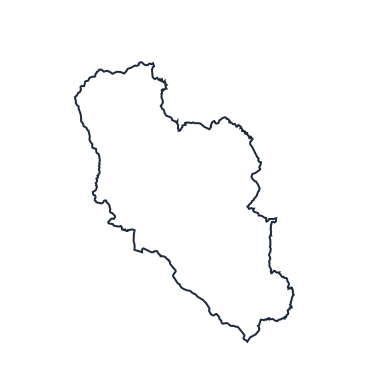 Libano, Tolima, Colombia (Natural Earth projection), rotated 311°
{"feature_id": "7082276B41774659854292", "entity_name": "Libano", "entity_type": "district", "adm_level": 2, "iso_a3": "COL", "parent_name": "Colombia", "parent_adm1": "Tolima", "projection": "natural_earth1", "projection_center": [-75.046, 4.876], "detail": "fine", "context": "isolated", "style": "outline", "palette": "slate", "viewbox_px": 384, "rotation_deg": 311, "n_neighbors": 0, "source": "geoboundaries", "source_scale": "gbopen_adm2", "svg_char_len": 6076}
<svg xmlns="http://www.w3.org/2000/svg" viewBox="0 0 384 384"><g transform="rotate(311 192 192)"><path d="M222.0,272.0L222.7,272.7L223.1,274.2L223.8,274.6L225.2,274.5L226.3,273.1L227.3,272.7L225.3,271.3L222.2,267.9L220.6,268.3L218.6,267.7L218.9,266.8L220.8,265.3L221.0,264.8L220.1,263.6L220.0,261.5L219.3,259.3L218.0,257.8L219.2,256.2L219.3,255.3L217.8,251.7L217.9,250.8L218.4,250.2L220.1,249.7L219.0,248.6L218.9,247.4L216.7,246.1L217.4,243.4L218.7,243.9L219.2,243.4L223.4,243.8L224.5,243.2L226.3,243.8L227.1,243.4L231.9,243.3L235.4,241.7L236.7,241.9L239.1,240.7L241.0,236.6L241.9,233.2L241.4,232.5L241.5,229.2L242.4,226.9L245.4,225.7L247.6,227.3L253.6,228.7L254.3,228.2L254.5,226.9L255.0,226.4L257.6,225.9L259.7,224.6L258.8,223.2L259.3,221.3L261.1,220.0L261.1,218.4L265.3,208.3L266.2,204.6L267.8,203.2L271.5,203.1L272.0,202.5L271.5,200.8L272.3,200.3L272.3,199.9L271.4,199.7L271.0,200.8L270.2,200.2L271.3,198.3L271.6,196.4L272.7,194.8L272.4,194.4L271.4,194.8L271.0,194.0L271.2,193.2L272.3,192.5L271.9,191.9L272.3,191.3L272.2,190.7L271.1,190.3L270.9,189.7L271.8,189.2L272.7,187.7L272.7,187.0L272.0,186.6L273.4,185.8L273.0,183.1L271.2,183.1L270.5,182.7L271.5,179.7L270.1,178.5L270.1,176.2L269.0,174.6L269.4,174.0L270.2,174.2L270.5,173.0L270.6,171.1L270.0,170.2L270.4,169.4L269.9,167.7L267.1,166.3L265.2,166.2L264.1,165.6L261.4,166.7L259.9,165.8L259.3,164.4L260.2,162.6L260.1,162.1L257.9,161.5L254.2,162.7L254.2,163.4L253.4,163.7L250.8,164.0L249.2,158.3L249.2,153.7L248.4,152.0L245.9,149.2L245.2,147.2L243.9,146.6L241.6,143.0L240.8,142.8L240.6,142.1L239.5,141.4L238.5,143.1L235.9,141.1L234.3,142.3L233.5,142.1L230.8,142.6L229.9,142.4L229.4,141.7L230.4,141.0L230.8,139.6L233.4,137.7L234.0,135.7L235.9,134.4L234.3,134.4L234.4,133.1L233.8,132.4L233.7,131.0L233.2,129.7L234.3,128.3L234.5,127.3L232.7,122.4L234.0,118.8L234.9,117.9L235.5,116.5L235.2,114.8L236.0,113.5L236.2,112.3L236.7,111.8L237.2,112.1L240.5,111.3L242.1,109.4L243.4,106.8L244.9,105.8L246.0,104.5L246.8,104.7L248.6,102.7L249.3,103.4L249.7,102.4L250.5,102.6L251.2,104.0L252.5,104.2L253.3,104.9L253.8,103.4L254.9,102.3L256.1,102.6L255.8,101.1L256.9,100.5L257.0,99.6L257.8,98.7L256.4,98.9L255.9,97.3L257.4,95.3L256.6,95.1L255.7,95.6L255.4,95.3L255.3,94.8L255.8,94.0L255.2,94.0L254.8,93.3L255.4,92.7L255.1,92.0L255.4,90.8L253.0,90.1L252.7,88.6L253.0,86.8L258.1,81.5L260.6,80.6L262.0,80.9L263.6,78.1L261.9,77.7L261.2,75.9L260.5,75.4L258.9,75.4L257.9,74.6L256.8,72.3L257.0,69.3L256.3,68.2L254.3,67.4L253.2,68.4L251.8,68.0L250.7,67.3L249.9,65.9L245.5,64.3L242.9,62.7L239.8,63.2L236.9,63.0L235.6,59.2L233.3,56.3L229.0,54.4L228.9,51.8L227.8,48.4L225.0,46.5L224.9,43.4L223.4,41.7L221.5,42.0L220.0,41.4L219.0,41.9L217.9,41.7L215.7,43.1L213.1,40.8L210.9,39.8L208.0,40.6L205.4,38.9L201.2,41.1L199.2,39.0L198.4,38.9L197.5,39.4L196.4,41.1L193.8,41.8L192.0,41.0L189.3,41.9L187.3,41.3L186.2,42.0L184.5,44.7L183.0,45.8L182.1,48.2L182.2,50.3L180.8,51.4L177.8,56.7L175.2,59.7L172.8,61.7L172.0,65.1L170.6,66.9L171.2,70.2L170.4,71.7L170.2,73.8L167.1,78.2L164.1,80.4L163.1,82.8L162.8,85.5L161.6,86.1L160.1,87.8L161.5,91.3L159.3,93.7L159.0,95.3L159.5,96.2L159.2,97.0L155.5,101.7L152.9,103.1L152.2,104.3L150.6,104.6L149.8,106.2L147.8,107.0L147.1,108.5L145.5,109.9L143.9,109.8L143.1,110.4L142.2,110.0L141.3,111.5L139.5,111.0L138.5,112.8L137.0,113.5L135.5,113.5L134.8,115.0L133.9,115.3L133.9,116.5L133.2,117.0L130.3,118.2L126.9,117.2L125.8,118.4L125.2,119.8L125.8,120.9L125.5,121.8L124.7,122.8L122.9,123.2L121.8,124.2L122.0,125.5L121.5,126.6L123.9,131.1L125.3,131.8L127.6,131.4L128.9,132.1L129.2,132.9L128.2,134.1L128.3,136.4L127.4,139.0L126.4,139.8L126.0,141.1L123.4,142.9L123.2,144.5L123.8,145.9L123.4,149.4L122.6,150.4L120.8,150.7L120.1,150.4L119.6,149.0L117.6,148.5L114.3,148.6L113.8,149.0L113.9,150.3L115.9,153.4L115.3,154.9L115.9,156.2L118.1,159.7L119.7,160.6L119.5,161.9L118.5,162.7L117.8,164.0L118.7,164.7L118.5,165.3L118.8,166.0L119.8,166.2L119.5,167.6L119.7,168.4L120.3,169.0L121.1,168.6L122.1,169.3L122.4,170.0L123.5,170.4L124.8,171.8L125.5,173.8L122.8,175.3L117.1,179.7L114.1,183.7L110.6,186.5L113.8,193.8L114.7,192.8L116.3,192.0L117.6,192.3L119.9,200.9L121.2,202.3L122.2,202.3L124.3,204.0L124.2,205.4L123.4,207.3L123.6,208.8L122.9,210.3L123.6,210.5L123.7,211.4L124.7,212.5L125.4,214.9L125.0,217.5L125.5,218.7L124.8,219.5L125.1,220.6L123.5,222.4L122.5,227.3L122.2,230.8L121.2,231.9L117.8,232.0L116.1,232.7L113.9,240.6L113.7,241.7L114.2,243.3L113.2,245.2L113.0,246.7L113.2,248.7L114.3,252.2L116.1,255.4L116.2,258.9L117.1,262.2L116.6,264.6L117.7,271.1L117.4,275.6L115.6,281.3L115.1,282.1L113.6,282.7L112.4,285.5L112.3,288.1L112.7,288.8L113.4,289.5L115.7,290.1L116.0,290.6L115.6,294.0L114.2,296.1L114.1,298.3L113.0,299.8L112.7,301.5L115.8,304.1L116.3,305.6L116.3,309.0L118.4,311.4L119.0,313.4L120.0,314.5L120.2,315.7L118.5,325.1L118.1,325.9L115.6,326.6L115.0,327.3L115.5,330.4L115.3,332.0L120.3,331.2L126.6,333.6L128.3,333.3L130.9,333.5L133.2,332.4L133.4,331.5L134.0,331.0L134.3,329.6L135.6,330.0L140.7,327.7L142.0,329.3L142.6,330.6L143.6,330.7L144.6,332.1L145.4,331.8L146.0,332.6L146.7,332.6L146.6,333.8L147.4,333.6L147.5,334.7L149.2,336.4L149.5,339.2L150.5,341.1L152.5,341.2L153.6,342.3L156.1,343.2L157.3,345.0L158.4,344.0L159.4,345.1L160.9,344.2L163.2,344.6L165.5,341.9L166.7,341.9L167.5,342.6L169.0,341.6L170.2,343.0L171.0,342.1L171.3,340.0L172.8,339.6L173.4,338.8L175.0,338.4L178.4,336.5L179.1,336.6L180.4,335.7L181.2,336.1L182.4,333.7L183.4,333.3L184.8,331.3L185.2,330.3L185.0,329.7L184.1,330.3L183.6,329.1L182.2,328.3L183.1,327.7L183.0,326.8L185.3,326.1L186.7,324.9L187.4,322.5L188.8,320.7L188.9,319.8L188.0,318.3L188.1,316.8L187.2,316.4L187.0,316.0L187.9,312.0L187.8,310.8L188.6,310.6L186.6,308.6L186.8,306.5L186.1,305.5L184.9,305.7L184.0,305.2L183.0,305.5L182.7,305.1L183.7,303.5L185.2,302.9L187.2,298.6L188.8,297.6L190.0,295.9L193.4,294.6L195.1,291.3L198.2,290.4L200.9,288.6L201.9,286.6L203.2,286.2L207.2,282.5L208.8,280.2L210.6,279.6L211.1,280.3L211.9,279.1L214.0,277.8L215.2,276.0L215.9,275.9L216.5,274.8L217.4,274.6L218.8,273.2L220.1,273.0L221.0,272.2L222.0,272.0Z" fill="none" stroke="#1e293b" stroke-width="2"/></g></svg>